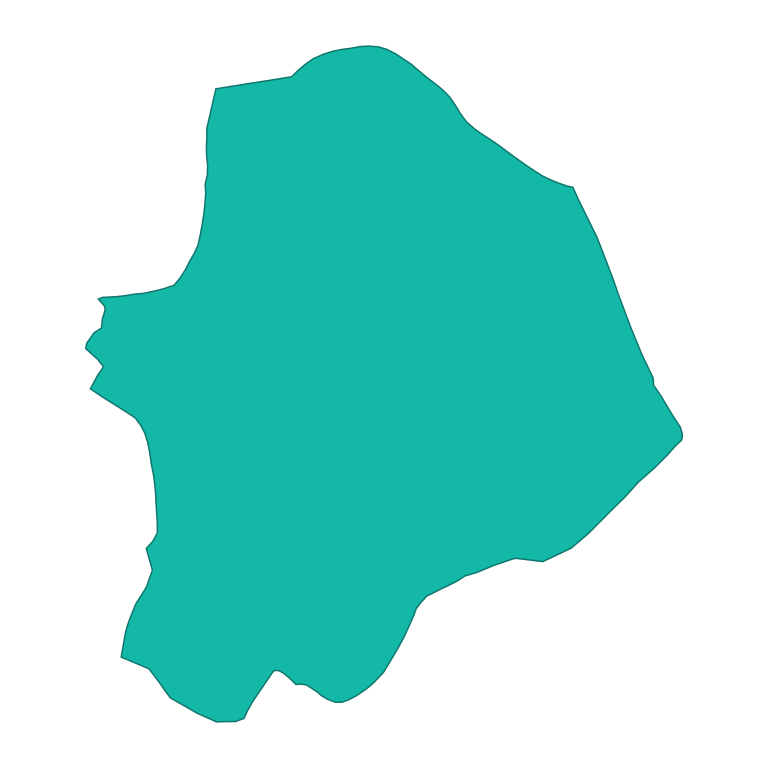 Mabyan, Hajjah, Yemen
{"feature_id": "15242507B90557781353206", "entity_name": "Mabyan", "entity_type": "district", "adm_level": 2, "iso_a3": "YEM", "parent_name": "Yemen", "parent_adm1": "Hajjah", "projection": "albers", "projection_center": [43.541, 15.755], "detail": "fine", "context": "isolated", "style": "filled", "palette": "teal", "viewbox_px": 768, "rotation_deg": 0, "n_neighbors": 0, "source": "geoboundaries", "source_scale": "gbopen_adm2", "svg_char_len": 2575}
<svg xmlns="http://www.w3.org/2000/svg" viewBox="0 0 768 768"><path d="M153.2,473.0L154.5,482.1L155.6,493.4L156.1,503.8L156.3,507.1L156.7,513.3L157.3,522.9L157.4,532.8L152.9,541.2L146.3,548.4L152.4,570.3L151.8,572.1L149.4,578.5L146.4,587.1L141.2,595.5L136.0,603.6L132.0,613.3L128.5,622.3L125.7,631.6L121.2,657.1L148.8,668.7L154.2,675.7L159.8,683.1L165.0,690.6L170.4,697.9L197.1,713.2L216.6,721.9L216.9,721.9L226.3,721.6L235.5,721.5L243.9,718.5L247.6,710.5L252.0,702.7L252.1,702.4L273.4,671.1L275.8,670.4L279.0,670.7L283.6,673.2L289.1,677.8L290.5,679.0L296.0,684.5L300.5,684.1L306.6,685.0L312.1,688.6L317.3,692.0L321.3,695.6L327.1,699.0L331.4,700.8L336.0,702.3L342.1,702.2L348.2,700.0L357.0,695.4L366.4,688.9L373.4,683.0L374.8,681.5L383.4,672.5L389.4,662.6L396.6,650.6L403.6,637.9L408.7,626.9L414.1,614.5L416.2,608.7L420.1,603.4L426.6,596.2L434.0,592.5L442.1,588.4L448.5,585.4L456.4,581.5L465.3,575.8L468.0,575.1L477.0,572.4L482.0,570.3L486.1,568.6L494.4,565.2L503.5,562.1L512.2,559.1L515.8,558.3L524.1,559.3L542.8,561.6L571.1,548.2L588.4,533.5L606.9,514.9L607.1,514.6L616.3,505.5L625.0,497.0L638.3,482.2L645.1,476.2L654.1,468.3L667.1,455.3L676.2,445.1L681.4,440.4L682.2,437.5L682.3,437.1L682.3,434.0L680.4,427.3L672.7,415.6L660.9,395.8L654.8,386.9L653.7,385.9L653.4,380.7L653.0,377.7L642.0,354.8L630.9,327.8L621.5,302.7L619.5,297.5L619.4,297.2L614.8,284.1L613.2,279.4L604.8,257.4L597.2,237.7L578.1,198.9L572.9,187.3L568.0,186.3L558.8,183.2L550.6,179.9L542.6,176.0L534.4,170.9L526.7,165.7L519.6,160.7L512.5,155.6L505.1,150.1L498.0,144.8L489.8,139.2L482.3,134.4L474.6,129.0L466.4,121.8L460.4,113.6L455.7,105.8L449.7,97.0L442.8,90.0L434.6,83.3L427.5,77.9L419.2,71.1L411.2,64.2L403.7,59.2L395.7,53.9L387.1,49.5L378.7,46.9L377.1,46.8L368.8,46.1L359.9,46.6L351.4,48.2L342.2,49.4L332.6,51.3L323.6,54.2L313.6,58.5L305.7,64.0L298.0,70.5L291.6,76.8L215.9,88.8L206.8,128.6L206.9,137.9L206.4,146.6L206.6,156.1L207.6,165.4L207.4,174.4L205.2,184.2L205.7,193.2L204.9,204.6L203.7,215.1L202.2,224.6L200.4,234.3L198.0,245.3L194.2,253.4L189.7,261.2L188.5,263.6L185.7,269.2L179.9,278.2L174.1,285.3L163.2,288.9L154.3,291.1L143.9,293.3L134.8,294.1L124.6,295.8L115.8,296.7L108.6,297.1L102.4,297.4L98.3,299.1L103.3,304.6L104.6,306.5L105.2,309.1L104.1,313.4L102.5,318.5L101.8,324.6L101.5,328.0L94.1,332.7L86.8,343.1L85.7,348.6L97.9,359.6L103.5,366.8L97.7,375.2L90.4,388.8L101.8,396.6L109.8,401.6L118.4,407.0L127.2,412.6L135.1,417.8L140.7,425.3L144.8,433.1L147.6,442.0L148.7,447.3L149.5,451.4L150.6,458.5L151.0,461.7L152.7,471.3L153.2,473.0Z" fill="#14b8a6" stroke="#0f766e" stroke-width="1.5"/></svg>